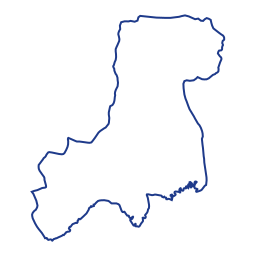 Thung Yang Daeng, Pattani, Thailand (Natural Earth projection)
{"feature_id": "78962969B39593186090950", "entity_name": "Thung Yang Daeng", "entity_type": "district", "adm_level": 2, "iso_a3": "THA", "parent_name": "Thailand", "parent_adm1": "Pattani", "projection": "natural_earth1", "projection_center": [101.449, 6.64], "detail": "fine", "context": "isolated", "style": "outline", "palette": "blue", "viewbox_px": 256, "rotation_deg": 0, "n_neighbors": 0, "source": "geoboundaries", "source_scale": "gbopen_adm2", "svg_char_len": 5822}
<svg xmlns="http://www.w3.org/2000/svg" viewBox="0 0 256 256"><path d="M217.3,72.5L217.8,72.1L218.4,71.2L218.6,69.0L218.3,67.7L220.1,62.3L221.3,59.6L221.4,59.1L221.4,58.2L221.0,57.3L219.9,56.3L217.9,53.5L218.1,52.5L218.5,51.4L219.1,50.6L221.3,50.3L222.0,49.5L222.1,48.8L222.1,47.2L222.5,45.9L222.9,45.4L222.9,44.5L222.3,43.4L222.3,42.4L222.8,40.7L223.8,40.1L224.2,39.3L224.1,37.3L223.1,35.6L221.2,34.4L218.9,32.7L213.4,28.4L212.1,25.5L211.3,22.7L210.7,19.9L208.8,18.8L206.7,18.1L204.8,19.2L203.1,20.9L200.9,20.7L198.2,18.6L195.1,19.2L188.8,16.4L185.0,15.4L181.6,16.1L179.1,16.8L170.2,17.9L166.5,17.9L156.4,17.6L140.2,15.9L138.4,17.3L137.5,20.6L134.7,21.7L130.6,20.9L128.5,21.4L124.7,21.3L121.2,22.2L119.9,25.6L120.2,29.1L119.0,31.3L118.4,33.1L118.3,34.3L118.9,36.5L119.4,39.1L119.2,41.0L117.3,45.4L116.5,47.1L115.7,49.1L115.7,51.4L116.0,54.1L116.1,57.1L115.7,59.9L114.7,62.1L113.9,65.0L113.2,66.2L113.5,67.5L114.2,68.6L114.4,70.7L115.6,73.8L116.3,74.6L116.9,75.9L117.5,77.8L117.6,79.9L118.0,82.7L117.6,86.3L115.8,89.9L115.1,92.0L114.9,93.9L115.2,95.1L114.8,97.1L114.5,100.1L114.2,101.5L113.6,103.3L112.4,105.1L110.3,106.1L110.0,106.9L108.8,112.4L108.8,114.6L109.3,118.0L108.9,122.7L108.5,124.0L105.7,127.5L104.2,128.3L100.1,131.1L98.5,132.6L94.9,137.9L92.5,141.1L91.4,142.4L89.7,142.8L88.0,142.7L83.0,142.0L79.2,141.5L76.8,141.5L75.7,141.1L68.4,137.9L68.1,138.1L67.9,139.1L68.2,141.4L68.1,144.4L67.5,146.9L66.2,149.9L64.5,153.0L63.4,154.0L61.9,154.3L59.1,154.0L51.9,152.5L49.2,152.1L48.1,152.5L46.5,154.6L45.7,156.3L44.9,157.2L43.7,158.1L42.9,159.4L38.7,165.0L38.6,166.9L38.8,168.8L39.6,170.7L42.1,174.3L44.0,176.9L44.4,177.9L44.5,180.0L45.9,185.1L46.1,186.3L45.9,187.2L45.1,187.6L42.2,188.0L37.4,190.1L34.2,190.9L31.8,191.8L33.4,193.9L36.3,200.6L37.5,205.5L37.1,207.4L35.8,209.8L34.4,210.8L32.8,212.7L32.1,214.5L32.2,216.0L32.7,218.3L35.1,223.4L37.0,226.7L38.9,229.3L41.9,233.0L44.5,237.1L45.0,238.2L46.6,238.0L46.9,238.2L47.1,238.4L47.2,239.0L47.6,239.1L48.1,239.8L48.4,239.9L49.5,239.6L50.7,239.4L51.7,239.8L52.0,240.5L52.4,240.6L53.7,239.1L54.9,238.8L55.4,238.4L56.4,238.3L59.3,236.9L60.3,236.5L62.0,235.7L63.0,234.9L63.8,235.1L65.0,233.6L65.5,233.4L65.7,232.8L66.1,232.3L67.6,231.7L69.0,231.6L69.7,231.3L70.1,230.7L70.2,230.0L70.0,229.6L69.0,228.8L68.9,228.6L69.2,227.6L69.4,227.2L69.9,226.8L70.2,226.9L70.4,226.9L70.8,226.5L72.0,224.8L72.7,224.1L75.9,222.8L76.1,222.8L76.8,223.0L77.1,222.9L77.7,221.9L77.6,220.8L77.8,220.5L78.3,220.2L78.4,219.6L78.6,219.1L78.9,218.9L79.2,218.9L80.1,219.2L80.4,218.9L81.1,218.6L81.3,218.3L83.6,216.2L86.5,213.4L88.8,209.5L88.9,208.6L89.1,208.2L89.4,207.8L90.4,207.3L91.0,206.2L91.3,206.2L91.6,206.8L92.4,206.4L93.9,206.0L93.9,205.9L93.6,205.3L93.6,204.6L94.6,204.4L96.3,202.5L98.0,201.0L99.6,200.5L101.3,200.3L104.3,200.2L108.3,200.9L109.3,201.5L111.4,203.3L111.8,203.4L116.4,203.4L118.5,204.2L119.5,205.2L121.6,210.8L122.5,212.0L123.2,212.1L124.2,211.7L124.6,211.9L125.7,213.6L127.2,215.6L127.5,215.7L128.2,215.6L128.8,215.8L129.2,217.2L129.5,217.6L129.9,217.9L130.5,218.0L131.1,217.8L131.9,217.4L132.8,216.7L133.0,216.7L133.1,216.9L133.0,217.3L132.3,218.7L131.6,219.2L130.4,219.7L130.2,219.9L130.2,220.2L130.5,220.8L133.5,225.4L134.0,225.6L134.5,225.5L135.1,224.0L135.3,223.8L135.5,223.8L135.7,224.1L135.7,224.3L135.4,225.3L135.4,225.9L135.5,226.2L135.8,226.3L137.3,226.3L138.4,226.7L138.9,226.6L139.3,226.4L139.8,225.8L141.1,223.5L142.5,221.8L142.9,221.2L143.0,220.7L142.7,217.8L143.2,217.6L144.2,218.1L144.8,218.2L145.3,217.9L145.6,217.6L145.7,217.1L145.7,216.5L145.1,215.4L145.2,214.9L146.5,213.4L147.2,212.5L147.7,211.2L148.1,209.3L148.8,208.4L148.9,208.1L149.1,206.3L149.0,204.6L147.8,197.8L146.8,195.1L146.8,194.6L146.9,194.4L148.2,194.3L151.7,195.1L152.5,195.1L153.3,195.0L154.7,194.6L155.7,194.6L161.2,195.6L161.4,195.7L161.9,196.2L162.1,196.8L162.7,197.1L163.2,197.1L163.6,197.3L163.9,196.9L164.2,196.7L164.4,197.0L165.0,197.4L166.1,197.7L166.1,198.7L166.4,199.2L167.1,199.2L167.6,199.2L168.0,198.9L168.9,198.9L169.7,199.1L171.8,200.1L172.0,199.6L172.1,198.9L172.0,198.3L171.7,197.9L171.6,197.5L171.8,197.2L172.3,197.2L172.1,196.7L170.6,195.7L170.6,195.3L170.7,195.0L171.7,194.6L171.9,194.6L172.5,195.3L173.3,195.9L173.8,196.0L174.4,195.8L175.4,195.0L175.6,194.5L175.5,194.0L175.1,193.7L174.6,193.2L174.5,192.3L174.8,191.8L175.5,191.5L178.4,191.8L179.3,192.1L179.9,192.5L180.2,192.4L180.2,191.8L180.0,191.3L179.4,190.5L179.4,189.7L179.7,188.9L180.3,188.3L180.6,188.2L180.8,188.5L180.8,189.0L181.6,190.3L182.3,190.7L183.0,190.7L183.4,190.3L183.6,188.8L184.2,188.2L185.7,188.4L186.0,188.3L186.1,188.1L185.8,187.5L185.8,187.2L186.0,186.6L186.3,186.3L186.5,186.3L187.1,186.7L188.0,187.9L188.3,188.1L188.4,187.8L188.4,186.8L188.1,185.7L188.1,185.3L188.2,184.7L188.6,184.2L189.0,184.2L189.2,184.5L189.5,184.8L189.8,185.8L190.1,186.4L190.8,187.4L191.1,187.4L191.4,186.9L191.5,185.1L191.3,184.8L190.4,184.2L190.1,183.8L189.6,182.9L189.5,182.3L190.1,182.0L190.4,182.1L191.6,183.1L192.0,183.7L192.1,184.2L192.6,185.8L192.7,186.2L192.9,186.3L194.4,183.7L194.6,182.2L195.1,181.6L195.6,181.5L196.1,181.6L196.4,181.8L196.6,181.9L196.6,182.2L196.1,182.7L195.1,184.0L194.8,184.7L194.4,185.8L194.4,186.8L194.8,188.3L196.9,188.8L197.4,189.1L197.4,189.3L196.8,189.8L196.4,190.5L196.1,191.1L196.2,191.6L196.5,191.8L196.8,191.8L198.7,191.2L200.6,190.5L201.7,189.8L204.7,185.9L205.3,185.4L206.1,185.0L206.6,180.4L206.5,177.4L206.1,174.6L204.3,162.5L204.1,158.7L203.7,156.2L203.0,148.3L202.5,144.5L201.9,138.9L202.8,136.5L202.6,133.5L202.1,131.2L200.9,127.9L199.5,125.3L197.9,123.5L195.1,118.7L193.9,116.4L189.6,109.3L188.4,106.3L186.6,101.3L185.5,98.6L184.4,94.5L183.6,88.2L183.4,83.8L184.4,81.1L186.7,80.3L189.8,80.8L193.7,80.3L196.0,78.7L197.6,77.1L202.1,79.2L204.3,79.4L206.6,79.3L208.8,78.3L212.9,74.9L215.0,74.1L215.9,73.2L217.3,72.5Z" fill="none" stroke="#1e3a8a" stroke-width="2"/></svg>